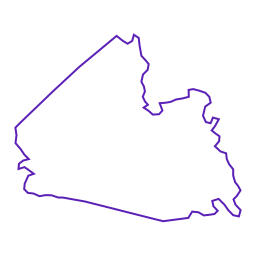 Iomerê, Santa Catarina, Brazil
{"feature_id": "56859067B7415267363255", "entity_name": "Iomerê", "entity_type": "district", "adm_level": 2, "iso_a3": "BRA", "parent_name": "Brazil", "parent_adm1": "Santa Catarina", "projection": "robinson", "projection_center": [-51.259, -26.979], "detail": "fine", "context": "isolated", "style": "outline", "palette": "violet", "viewbox_px": 256, "rotation_deg": 0, "n_neighbors": 0, "source": "geoboundaries", "source_scale": "gbopen_adm2", "svg_char_len": 1322}
<svg xmlns="http://www.w3.org/2000/svg" viewBox="0 0 256 256"><path d="M16.5,135.2L15.5,143.1L20.8,149.3L24.4,154.7L28.8,159.1L23.3,160.5L19.0,163.7L18.5,169.0L24.4,167.1L28.6,170.0L33.8,173.8L28.3,175.7L24.7,183.7L24.2,189.2L27.9,192.9L33.4,193.5L39.5,196.2L45.6,195.1L51.6,195.3L58.1,197.5L62.5,197.5L85.0,201.5L147.1,217.2L156.7,219.6L163.3,221.2L188.3,217.9L192.2,211.6L198.5,212.3L203.8,215.4L209.2,214.8L214.5,214.0L217.7,210.8L213.4,206.2L212.3,200.9L218.6,198.9L224.3,204.5L228.4,210.3L233.2,215.2L238.9,216.4L240.6,210.1L235.5,204.7L233.5,199.3L236.8,196.0L240.5,190.4L238.0,185.8L235.1,182.1L233.2,175.7L233.2,169.3L229.1,164.2L226.8,159.1L226.1,153.3L220.4,151.4L214.9,146.2L219.1,141.3L219.5,136.3L215.2,133.3L211.7,130.4L215.0,126.1L218.8,119.2L212.9,117.6L210.6,123.2L205.9,122.1L203.0,115.8L205.2,106.6L210.7,102.7L209.3,96.8L205.4,92.8L199.3,90.7L193.3,89.1L188.6,89.9L188.8,96.8L182.6,98.4L176.0,99.5L170.6,101.9L165.8,102.7L159.7,103.2L162.4,110.5L159.1,114.2L152.8,114.6L148.8,111.0L143.7,107.6L147.9,104.8L144.9,101.3L142.8,96.8L144.9,91.5L144.0,86.7L141.4,81.7L143.0,74.5L147.6,69.9L148.7,64.1L145.5,60.2L141.4,55.8L139.6,45.7L138.7,37.9L133.9,34.8L132.2,40.9L127.6,43.7L122.9,40.9L116.6,35.9L79.5,66.7L53.3,91.0L20.1,122.9L15.4,127.7L16.5,135.2Z" fill="none" stroke="#5b21b6" stroke-width="2"/></svg>